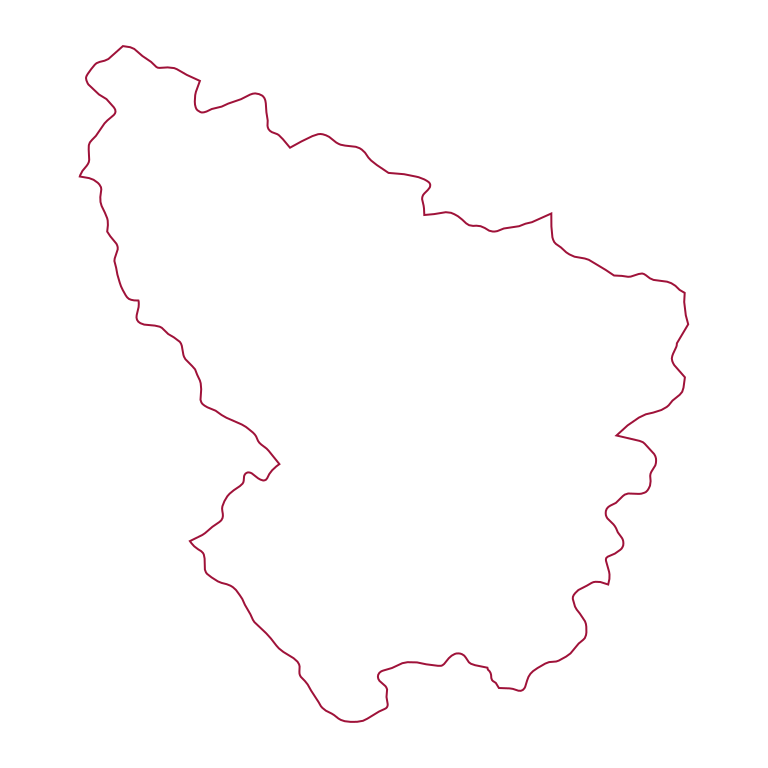 Šumadijski, Equal Earth projection
{"feature_id": "SRB-839", "entity_name": "Šumadijski", "entity_type": "District", "adm_level": 1, "iso_a3": "SRB", "parent_name": "Republic of Serbia", "parent_adm1": "", "projection": "equal_earth", "projection_center": [20.746, 44.097], "detail": "fine", "context": "isolated", "style": "outline", "palette": "rose", "viewbox_px": 768, "rotation_deg": 0, "n_neighbors": 0, "source": "natural_earth", "source_scale": "10m", "svg_char_len": 6060}
<svg xmlns="http://www.w3.org/2000/svg" viewBox="0 0 768 768"><path d="M350.8,721.9L344.7,721.2L340.8,719.9L338.4,718.5L334.1,715.1L331.7,713.6L325.9,710.7L322.4,707.9L320.9,706.2L318.7,702.3L311.1,690.6L307.7,684.5L304.9,681.0L300.8,676.8L300.0,675.3L299.5,673.7L299.4,671.6L299.6,666.5L299.1,664.4L297.5,661.7L293.6,658.2L283.3,651.9L278.9,648.4L276.4,645.6L270.9,638.5L266.3,633.4L254.4,622.1L252.9,619.8L250.4,614.3L244.9,604.8L242.3,599.0L239.8,595.2L236.0,590.0L232.8,587.1L230.5,585.7L226.7,584.2L221.6,582.9L217.9,581.4L211.6,577.4L207.2,574.0L206.0,572.5L204.9,569.6L204.6,558.5L203.8,554.5L203.0,553.0L201.2,551.2L198.0,549.2L194.2,546.3L191.5,543.3L189.9,541.1L202.3,535.0L205.1,533.1L212.4,526.8L219.4,522.0L221.3,520.3L222.5,518.1L222.9,516.0L222.8,513.8L222.3,510.8L222.1,508.5L222.4,506.3L224.4,501.2L227.3,496.3L229.6,493.7L233.7,490.3L239.9,486.1L242.5,483.7L243.3,482.4L243.7,480.8L244.1,476.1L244.7,474.7L245.6,473.5L247.4,472.5L248.8,472.4L250.3,472.7L251.7,473.3L258.1,478.3L260.4,479.6L263.2,480.5L264.7,480.3L266.0,479.7L267.2,478.2L269.3,474.0L272.2,470.2L276.3,466.4L279.4,464.1L268.6,450.7L266.6,448.6L261.2,444.5L259.3,442.7L258.0,440.8L256.1,436.4L254.8,434.5L253.0,432.6L248.1,428.6L245.9,426.9L241.8,424.5L226.5,417.8L221.6,415.0L215.6,410.7L207.4,407.3L204.5,405.6L202.5,404.0L201.4,402.5L200.5,399.8L201.2,389.3L200.7,383.3L199.9,380.5L197.2,374.8L195.1,369.4L192.2,366.1L185.4,359.2L184.0,356.7L183.4,354.9L181.8,345.8L181.0,343.6L179.8,341.8L173.8,337.3L168.3,334.1L161.8,327.8L159.7,326.7L154.8,325.6L144.2,324.6L140.4,323.2L138.3,321.7L137.0,319.7L136.5,317.5L136.7,315.1L138.6,307.1L138.8,304.2L138.7,301.7L138.4,300.5L134.2,300.4L131.2,299.8L128.9,298.9L127.1,297.3L125.7,295.3L122.8,290.1L121.0,286.3L119.7,282.5L117.4,274.6L116.1,267.6L114.4,261.0L114.7,258.5L117.7,249.4L117.7,247.2L117.2,245.4L116.4,243.7L110.3,236.3L107.2,231.6L107.9,225.1L107.7,220.5L107.2,218.3L104.9,212.7L101.6,205.9L100.5,202.0L100.3,197.1L101.3,189.4L101.0,187.3L99.4,184.5L97.8,182.8L93.6,179.8L89.1,178.1L79.8,176.5L80.2,175.2L82.5,170.8L86.6,165.9L87.9,164.0L88.8,162.1L89.2,159.9L88.7,149.5L88.8,145.7L89.0,144.7L89.9,142.4L92.0,139.9L95.9,135.9L104.5,123.4L107.4,120.4L113.9,114.9L115.0,113.4L115.5,111.8L115.2,109.6L113.9,107.4L106.5,99.1L99.0,94.5L88.4,84.5L87.6,83.2L86.4,80.3L86.0,78.0L86.2,77.0L86.7,75.7L87.9,73.7L91.2,69.1L94.8,64.7L96.5,63.2L99.7,61.9L104.6,60.7L108.4,59.0L122.9,46.1L130.2,47.2L134.2,48.9L142.4,56.0L151.1,61.9L156.4,67.0L157.8,67.7L159.5,67.9L167.7,67.4L174.2,68.1L176.9,69.2L186.8,74.9L199.9,80.9L195.9,91.9L195.2,95.1L194.8,101.5L195.0,104.6L195.7,107.4L196.4,109.0L197.5,110.3L200.4,112.1L201.9,112.5L204.0,112.3L206.6,111.5L211.8,109.0L221.7,106.6L228.2,103.6L241.0,99.2L250.1,94.6L252.8,93.7L255.2,93.4L259.0,94.1L262.0,95.5L263.2,96.5L264.5,98.3L265.3,100.4L265.8,103.3L266.4,112.2L267.7,120.5L267.5,125.7L267.8,127.3L268.4,128.9L269.8,130.7L271.8,132.1L277.4,134.2L278.9,135.2L282.9,139.2L290.0,147.7L301.5,141.4L312.4,136.1L318.1,134.2L320.5,134.0L322.8,134.3L326.0,135.3L329.2,136.9L336.2,142.5L338.7,143.9L340.6,144.7L345.1,145.6L355.8,146.8L359.6,148.2L361.8,149.6L365.0,152.6L368.4,157.6L371.1,160.5L376.8,165.0L388.5,172.9L404.0,174.2L416.0,176.6L418.6,177.2L424.3,179.4L426.8,180.8L428.8,182.2L429.7,183.3L430.2,184.5L430.2,185.9L429.8,187.4L427.9,189.9L424.2,193.6L423.0,195.2L422.3,197.1L422.1,199.1L423.6,205.6L424.0,208.5L424.3,215.0L434.1,214.1L445.8,212.2L451.0,212.8L454.3,214.2L457.9,216.2L462.2,219.6L466.1,223.3L469.1,225.2L473.1,225.9L476.4,225.7L480.6,226.2L484.8,228.0L489.2,230.7L492.6,231.5L494.9,231.5L497.3,231.1L503.8,228.5L519.1,226.2L525.5,223.7L531.9,222.2L551.3,213.5L551.4,226.4L552.4,237.3L553.1,239.6L554.2,242.0L555.9,243.9L560.9,247.4L566.2,252.3L569.4,254.4L574.5,256.7L584.8,258.5L588.8,259.8L605.8,270.0L614.0,275.5L621.9,275.9L628.1,276.8L630.7,276.6L638.7,274.0L642.1,273.5L643.9,274.0L645.7,275.1L649.9,278.3L653.5,279.9L667.1,281.7L671.3,283.2L675.4,285.8L679.6,289.9L684.7,292.9L684.2,302.0L685.8,315.3L688.2,324.3L676.9,343.3L676.7,345.6L676.2,347.1L673.1,353.7L672.3,355.9L671.8,358.5L672.3,361.2L673.2,363.3L674.3,365.2L684.9,377.3L683.5,387.7L682.2,391.8L679.7,394.8L672.5,400.6L668.7,405.3L666.7,407.0L661.4,410.0L653.2,412.6L645.8,414.3L638.9,417.6L627.6,425.4L616.5,435.5L639.6,440.9L642.9,442.2L644.7,443.7L654.2,454.1L655.4,456.4L656.0,458.6L656.1,460.8L655.9,463.1L655.3,465.4L651.4,471.7L650.5,473.8L650.2,475.9L650.6,481.2L650.0,485.7L648.7,488.5L647.5,490.4L645.9,492.0L644.5,492.7L641.3,493.7L639.0,493.9L628.2,493.5L624.8,494.6L622.8,496.1L615.9,502.9L610.4,505.6L608.4,506.9L606.8,508.7L605.9,510.9L605.7,513.1L605.9,515.2L606.5,516.8L607.4,518.4L613.4,524.3L614.8,526.1L616.1,528.3L617.8,532.3L621.9,537.9L622.7,539.4L623.2,541.1L623.4,543.3L623.2,545.5L622.5,547.1L621.6,548.6L620.3,549.8L614.9,553.6L607.7,556.7L606.2,558.1L605.9,559.4L606.0,560.8L609.1,571.8L609.5,574.5L609.4,579.0L608.2,584.5L600.3,582.0L595.6,581.8L593.5,582.1L591.6,582.9L586.8,585.7L578.4,590.0L575.3,593.0L573.8,594.9L572.9,596.9L572.8,598.9L575.0,606.6L576.7,609.6L579.8,613.5L585.0,621.3L585.9,623.9L586.3,626.7L586.4,632.4L586.0,635.1L584.8,638.1L583.2,639.8L578.7,643.5L570.5,653.4L566.1,656.6L558.8,660.6L556.2,661.5L549.1,662.1L545.2,663.6L537.6,668.0L533.1,671.1L530.4,673.8L528.5,676.8L527.1,680.5L525.2,686.8L524.4,688.3L522.8,690.0L520.8,690.8L518.4,690.7L512.9,688.9L509.7,688.4L498.9,688.0L495.8,682.9L492.9,681.0L492.0,680.0L491.3,678.0L491.1,675.0L490.6,673.1L489.6,671.3L487.9,669.6L487.4,667.7L475.1,665.2L471.0,663.8L468.9,662.3L465.8,657.6L464.2,655.6L462.0,654.2L460.3,653.6L458.5,653.4L456.3,653.5L454.7,654.0L451.6,655.7L448.8,658.2L444.1,664.0L442.4,665.3L441.1,665.8L438.0,665.8L426.2,664.3L417.0,662.4L407.5,662.2L402.3,663.2L392.0,668.0L383.1,670.6L381.3,671.3L379.4,672.8L378.2,674.8L377.9,676.8L378.3,678.8L379.5,680.9L385.4,686.1L386.3,687.4L387.1,689.4L386.5,697.0L387.7,704.2L387.6,705.7L387.1,707.0L386.2,708.1L384.8,708.9L379.1,711.5L367.3,718.7L363.0,720.8L357.1,721.8L350.8,721.9Z" fill="none" stroke="#9f1239" stroke-width="2"/></svg>